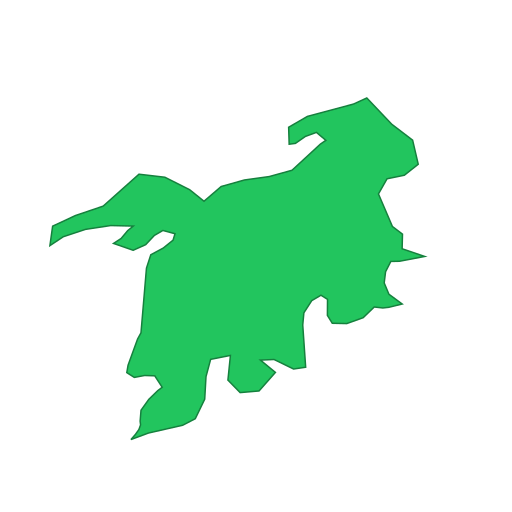 SVG path tracing the border of Kaskazini-Pemba, rotated 245°
{"feature_id": "TZA-3380", "entity_name": "Kaskazini-Pemba", "entity_type": "Region", "adm_level": 1, "iso_a3": "TZA", "parent_name": "United Republic of Tanzania", "parent_adm1": "", "projection": "mercator", "projection_center": [39.766, -5.046], "detail": "fine", "context": "isolated", "style": "filled", "palette": "green", "viewbox_px": 512, "rotation_deg": 245, "n_neighbors": 0, "source": "natural_earth", "source_scale": "10m", "svg_char_len": 1333}
<svg xmlns="http://www.w3.org/2000/svg" viewBox="0 0 512 512"><g transform="rotate(245 256 256)"><path d="M213.9,398.0L200.8,391.5L184.3,408.7L190.6,383.8L194.1,375.9L187.0,366.8L177.4,360.8L165.2,360.3L150.7,368.2L153.4,354.6L155.3,349.0L159.8,341.6L154.8,327.1L156.4,309.7L162.8,296.7L172.0,295.6L186.5,302.5L193.0,298.3L192.0,287.7L184.3,275.4L173.7,269.2L134.2,254.0L137.7,242.3L154.6,228.6L159.8,216.0L142.3,224.4L132.4,201.7L138.9,183.9L155.4,178.1L176.7,190.8L181.5,171.2L167.8,159.7L147.9,149.0L134.2,132.2L133.6,118.1L141.0,83.7L142.5,65.1L145.3,71.4L148.2,76.5L151.7,80.0L155.3,81.2L164.8,86.6L171.4,98.3L175.5,110.1L176.7,115.5L190.2,113.6L194.8,104.5L197.4,94.4L204.9,89.6L211.1,93.9L230.8,113.6L235.0,119.3L291.3,151.6L301.6,161.2L302.4,175.3L305.4,187.5L310.4,192.0L318.5,182.4L317.6,172.6L312.9,160.8L313.1,147.1L327.6,132.2L328.9,141.2L333.2,150.4L335.0,157.4L345.0,137.2L352.2,112.7L354.9,89.5L352.5,73.6L369.0,84.3L369.0,109.4L365.8,138.6L379.6,184.5L365.9,206.7L344.1,223.9L327.6,232.0L333.7,253.8L329.8,277.6L322.4,301.6L318.5,324.9L330.2,361.6L331.3,368.2L342.5,363.0L343.5,351.3L341.4,339.3L343.3,333.3L358.9,340.0L360.8,361.6L352.5,408.7L352.4,423.2L318.1,434.7L294.8,446.9L270.6,441.8L266.5,424.6L270.6,407.4L260.5,393.2L225.1,392.1L213.9,398.0Z" fill="#22c55e" stroke="#15803d" stroke-width="1.5"/></g></svg>